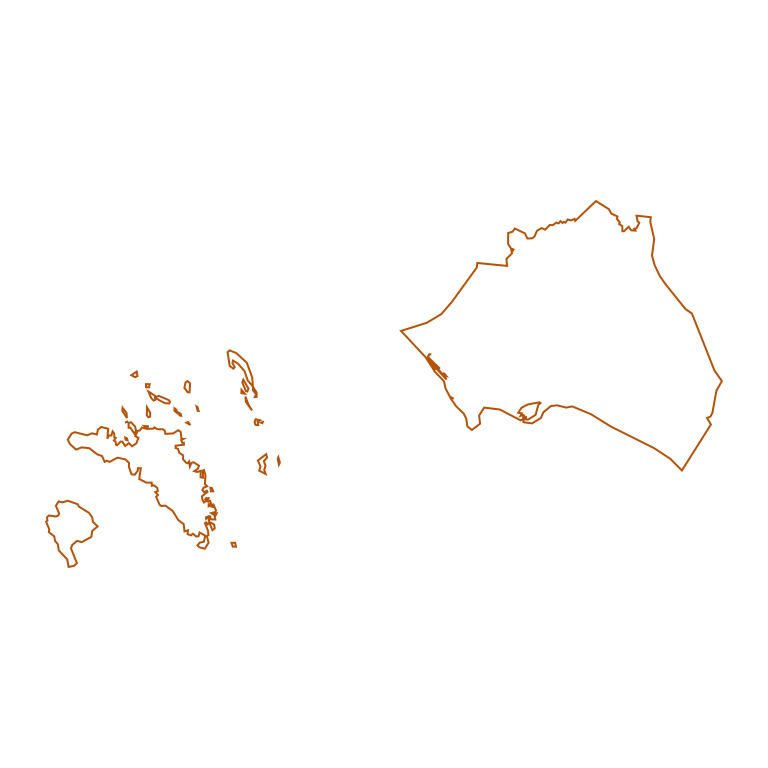 Aceh Singkil, Aceh, Indonesia
{"feature_id": "22746128B17710719872214", "entity_name": "Aceh Singkil", "entity_type": "district", "adm_level": 2, "iso_a3": "IDN", "parent_name": "Indonesia", "parent_adm1": "Aceh", "projection": "mercator", "projection_center": [97.426, 2.307], "detail": "fine", "context": "isolated", "style": "outline", "palette": "amber", "viewbox_px": 768, "rotation_deg": 0, "n_neighbors": 0, "source": "geoboundaries", "source_scale": "gbopen_adm2", "svg_char_len": 6111}
<svg xmlns="http://www.w3.org/2000/svg" viewBox="0 0 768 768"><path d="M401.0,330.9L425.5,357.1L433.8,370.0L427.8,357.0L429.1,354.4L429.6,354.2L431.3,354.4L429.3,354.4L428.1,357.2L440.0,368.7L430.5,361.1L443.1,374.6L443.8,373.5L444.9,374.2L446.2,375.9L443.4,374.9L445.5,377.7L446.5,379.5L432.5,364.4L433.5,368.2L435.5,370.0L434.2,369.3L434.2,371.0L444.0,381.3L445.5,388.4L449.9,396.7L453.8,398.7L450.0,396.8L450.6,398.3L456.1,406.2L463.7,413.6L466.2,418.5L467.4,426.4L471.9,430.0L480.1,423.7L479.1,415.6L484.1,407.6L499.8,409.5L520.7,420.4L523.3,419.0L523.1,417.4L525.2,417.1L523.4,414.9L520.5,415.9L521.9,413.4L518.2,412.7L521.5,407.8L527.7,404.5L539.4,402.3L540.5,403.1L538.3,404.9L535.6,414.9L528.0,419.6L525.8,419.4L525.9,417.7L523.6,419.5L523.5,422.2L532.1,423.4L540.9,418.0L543.4,412.3L550.8,406.1L557.1,405.3L566.1,407.6L572.2,406.4L590.8,414.1L610.8,426.5L654.0,448.1L670.3,458.8L681.9,470.5L710.9,424.5L707.1,418.0L710.4,416.6L712.4,412.9L716.4,390.8L721.9,381.1L714.5,370.6L691.9,313.5L685.5,309.1L665.9,284.7L660.0,276.4L654.7,265.3L652.0,255.6L654.2,239.1L650.3,222.0L650.8,217.2L636.5,215.7L637.6,221.4L639.3,222.8L636.5,228.3L634.3,228.8L635.4,230.6L631.1,230.3L628.7,226.7L624.0,231.3L622.4,231.2L622.3,226.1L619.1,224.0L619.8,222.3L616.8,218.8L617.5,216.5L611.3,213.5L608.8,209.1L595.9,201.1L575.2,220.9L574.6,218.9L571.0,220.4L567.7,219.5L565.4,222.7L563.5,221.9L562.5,223.0L560.4,221.2L558.6,223.4L556.3,222.6L552.7,225.2L549.9,224.9L545.1,229.7L541.7,228.0L537.0,230.8L534.4,236.7L532.2,238.3L527.3,238.5L525.0,233.4L514.8,228.5L512.6,231.7L508.2,233.0L508.1,243.9L510.9,248.4L513.6,249.5L512.9,250.7L511.3,249.9L512.0,253.4L506.4,258.9L507.1,265.9L477.3,263.0L476.8,267.5L451.9,301.9L441.3,314.1L426.7,322.8L401.0,330.9ZM101.2,427.0L97.9,429.7L96.9,434.5L91.9,433.3L87.3,435.3L74.7,432.2L71.6,433.6L67.8,439.6L69.9,444.0L76.1,449.6L81.6,447.4L89.3,448.2L97.3,454.4L102.0,456.0L104.7,461.9L106.9,460.7L109.7,461.9L117.3,457.7L125.5,459.4L129.0,462.9L128.9,466.8L131.5,474.3L134.8,474.7L137.8,470.6L137.9,468.2L140.8,468.2L139.2,479.0L146.2,482.6L151.7,482.6L151.8,485.8L153.6,485.2L157.3,487.9L157.8,491.2L155.3,492.1L158.0,494.9L156.1,496.8L159.6,504.7L161.4,506.0L165.4,505.6L172.7,511.0L178.3,520.1L183.7,524.1L184.5,531.4L188.0,530.3L187.5,534.0L190.9,535.4L192.9,533.7L196.2,536.5L198.5,536.3L199.6,532.5L205.3,535.7L203.8,541.8L199.8,542.6L197.4,545.4L199.3,547.3L204.8,548.7L208.6,542.7L206.9,536.1L208.5,535.1L207.9,530.4L205.0,523.2L206.2,522.4L207.7,524.3L209.3,522.3L208.3,516.8L206.2,518.8L206.0,517.4L209.1,516.1L210.3,516.5L210.6,519.3L215.3,519.5L214.5,515.2L215.5,515.6L216.6,513.5L213.4,514.5L211.2,513.1L215.4,512.0L216.0,510.4L214.0,505.7L213.4,507.0L211.6,506.6L212.2,504.9L208.7,506.3L208.7,504.2L211.1,503.7L210.1,500.9L208.2,501.8L206.5,500.7L203.9,502.5L202.3,499.3L201.9,496.3L207.5,491.9L207.0,490.8L203.9,492.0L202.4,490.1L203.5,487.7L207.2,486.3L204.9,484.2L205.5,475.4L204.0,470.1L202.7,470.6L203.1,477.7L200.6,477.3L200.6,470.9L197.1,472.0L194.3,471.1L197.9,468.7L199.0,465.7L193.4,462.2L191.4,462.9L189.9,466.5L189.1,461.5L187.6,463.3L186.1,462.7L183.0,459.2L183.2,455.4L179.3,452.8L178.0,448.8L175.6,448.1L175.6,445.7L183.9,444.7L183.8,442.7L182.3,442.7L181.2,440.2L183.4,438.9L181.5,438.9L180.7,432.0L178.2,430.2L173.3,433.4L165.4,433.9L164.7,430.5L162.9,429.3L157.3,429.2L154.4,427.4L153.4,428.6L147.0,428.9L142.0,427.5L139.9,430.4L137.6,430.9L135.3,436.2L138.4,437.8L136.4,443.3L132.0,446.3L128.8,443.1L125.2,446.0L122.3,441.6L120.6,441.6L117.1,445.3L116.0,444.6L115.5,441.5L113.9,440.4L115.7,437.9L114.3,437.3L114.2,433.5L112.6,431.4L111.4,435.5L109.0,435.4L107.3,438.7L108.2,428.8L101.2,427.0ZM67.7,500.7L62.4,502.4L58.6,501.4L55.9,505.9L59.1,513.3L58.3,515.5L55.9,516.5L48.8,515.5L47.0,517.3L47.4,520.4L46.1,521.8L49.2,529.1L48.9,532.2L54.3,536.4L55.0,540.8L57.8,544.1L58.8,550.4L67.2,559.4L68.6,566.9L74.1,565.8L76.9,563.1L71.0,548.4L72.2,545.0L77.0,540.9L81.8,542.1L91.3,536.9L92.3,530.8L97.7,526.4L92.9,521.9L92.2,517.3L88.8,512.7L79.2,506.8L77.6,504.2L67.7,500.7ZM229.5,350.4L227.6,352.2L229.7,365.9L233.3,368.7L234.7,367.3L232.4,362.8L233.0,360.6L237.8,363.5L244.5,371.1L247.8,380.6L252.9,386.4L252.2,377.3L246.7,362.6L236.2,353.0L229.5,350.4ZM263.9,461.1L267.1,457.5L266.2,454.2L257.9,460.5L260.5,466.5L259.2,470.7L265.7,474.0L264.2,469.9L265.5,465.8L263.9,461.1ZM169.4,403.4L170.0,401.6L168.6,400.0L159.1,396.0L156.4,396.6L156.2,398.3L159.2,400.2L165.3,403.3L169.4,403.4ZM135.0,426.4L130.9,422.2L128.6,423.1L128.6,427.7L130.3,427.6L134.4,433.6L136.1,431.0L135.0,426.4ZM189.5,392.4L190.1,383.4L187.5,381.1L185.6,382.3L184.4,387.8L187.6,392.2L189.5,392.4ZM155.3,399.9L154.8,395.6L148.4,391.5L151.2,398.0L153.7,400.6L155.3,399.9ZM248.5,388.7L243.3,379.7L242.3,382.4L245.9,391.1L247.3,391.5L248.5,388.7ZM214.2,524.6L211.0,522.7L210.0,524.4L212.5,530.2L214.7,528.4L214.2,524.6ZM150.1,416.7L150.2,412.7L147.0,407.3L146.8,415.4L148.4,417.2L150.1,416.7ZM126.9,418.0L126.5,412.9L122.6,407.8L122.3,410.8L126.9,418.0ZM259.9,420.3L255.7,419.2L254.6,421.6L255.3,424.7L258.2,425.1L257.6,421.4L259.9,420.3ZM235.9,546.7L235.2,542.8L231.5,542.8L232.8,546.6L235.9,546.7ZM135.0,377.2L137.5,376.1L136.7,371.6L131.4,375.2L135.0,377.2ZM252.0,410.5L248.2,404.0L245.4,396.5L245.9,401.8L252.0,410.5ZM256.6,396.9L256.6,392.5L253.0,386.9L252.9,390.3L256.2,394.3L254.8,397.0L256.6,396.9ZM149.1,387.3L149.6,384.2L146.0,384.1L146.0,387.2L149.1,387.3ZM176.7,412.7L176.4,409.8L174.5,408.3L174.4,410.8L176.7,412.7ZM213.2,491.3L211.8,487.9L210.4,487.9L211.0,491.4L213.2,491.3ZM241.4,393.1L244.8,393.7L241.5,389.9L241.4,393.1ZM278.9,464.7L279.9,462.6L278.3,457.2L277.7,458.7L278.9,464.7ZM181.1,415.8L180.7,413.9L178.7,412.7L179.5,415.3L181.1,415.8ZM190.4,425.0L188.1,422.0L186.5,422.7L190.4,425.0ZM208.6,498.0L205.7,498.3L205.3,499.3L208.4,499.4L208.6,498.0ZM198.6,411.0L197.4,406.9L196.5,406.4L197.7,410.9L198.6,411.0ZM125.3,437.5L125.5,439.7L127.5,440.3L127.0,438.4L125.3,437.5ZM148.8,426.4L144.5,426.0L146.0,427.2L148.8,426.4ZM262.4,423.2L262.8,422.0L260.8,422.6L262.4,423.2ZM127.2,421.6L125.1,422.5L127.5,422.0L127.2,421.6Z" fill="none" stroke="#b45309" stroke-width="2"/></svg>